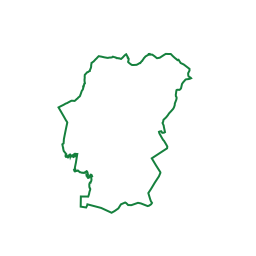 Vermes, Caras-Severin, Romania, rotated 324°
{"feature_id": "2599482B13425405554556", "entity_name": "Vermes", "entity_type": "district", "adm_level": 2, "iso_a3": "ROU", "parent_name": "Romania", "parent_adm1": "Caras-Severin", "projection": "albers", "projection_center": [21.625, 45.523], "detail": "fine", "context": "isolated", "style": "outline", "palette": "green", "viewbox_px": 256, "rotation_deg": 324, "n_neighbors": 0, "source": "geoboundaries", "source_scale": "gbopen_adm2", "svg_char_len": 5472}
<svg xmlns="http://www.w3.org/2000/svg" viewBox="0 0 256 256"><g transform="rotate(324 128 128)"><path d="M94.1,196.6L98.0,202.7L99.3,203.2L101.9,203.3L103.4,202.7L103.5,200.6L104.2,198.3L106.2,192.6L110.9,190.8L117.7,187.9L124.6,185.3L127.9,183.3L128.2,182.6L128.7,174.5L129.4,166.5L147.7,167.4L148.9,166.1L149.2,163.9L149.6,159.5L149.4,158.3L149.7,155.2L150.2,150.9L150.8,149.3L151.4,149.4L153.0,150.2L152.9,152.0L154.2,152.9L155.5,153.1L157.7,148.1L158.3,147.0L158.9,144.2L160.0,143.7L160.9,142.8L161.6,142.2L164.4,141.9L165.5,141.7L167.7,141.1L169.8,140.3L172.9,139.7L176.0,139.0L177.5,138.2L179.2,137.0L180.3,135.7L183.7,133.5L185.0,132.3L185.2,131.9L185.4,131.4L185.4,130.9L185.4,130.5L186.2,129.2L187.5,127.9L188.7,126.6L189.5,125.9L190.3,126.0L192.1,127.4L193.1,127.4L194.3,127.0L197.6,124.1L199.3,123.5L202.0,122.9L202.7,122.7L203.3,122.7L203.8,122.9L205.2,123.7L206.4,124.3L207.3,124.6L208.3,124.8L208.2,124.0L207.3,122.0L207.8,120.6L208.9,119.0L211.5,117.7L212.5,116.3L210.4,109.3L208.8,106.4L209.0,102.5L207.9,102.2L207.8,101.7L207.7,100.8L207.5,100.5L207.5,100.2L207.3,99.8L206.6,96.6L206.1,93.3L205.9,93.1L203.7,91.5L202.2,90.3L200.8,90.1L195.0,89.8L192.5,88.6L192.4,88.4L191.7,85.7L191.0,83.6L190.8,83.0L190.0,82.3L189.2,81.8L189.0,81.6L188.9,81.5L189.1,81.2L188.8,80.9L188.9,80.7L188.4,80.4L188.2,80.7L187.8,80.9L187.5,80.6L187.2,80.7L184.3,80.4L183.7,80.5L183.1,80.7L181.8,80.9L181.4,81.1L181.0,81.3L179.4,81.8L178.9,82.1L178.3,82.0L176.0,82.7L175.8,82.6L175.6,82.3L175.3,82.3L173.7,82.2L172.8,82.0L172.2,82.0L169.2,80.1L168.6,79.6L168.1,79.1L167.9,78.4L167.7,78.1L167.0,75.5L166.9,74.7L167.0,74.5L167.8,73.9L168.9,72.8L169.0,72.6L169.0,72.4L169.1,72.5L169.2,72.4L169.2,72.1L169.3,71.7L169.5,70.5L169.7,68.5L169.9,67.3L169.4,67.2L168.0,67.3L167.8,67.4L167.4,67.4L164.9,67.9L163.5,68.0L163.1,68.1L162.9,68.0L162.6,67.5L162.3,67.1L161.7,66.5L161.6,66.3L161.6,66.2L161.3,66.1L161.0,65.7L160.7,65.3L160.1,65.1L159.8,64.3L159.6,64.2L159.5,63.7L158.3,62.3L157.7,61.4L156.4,61.4L155.3,60.7L155.0,60.6L154.7,60.3L154.0,59.9L153.0,59.5L152.5,59.1L150.1,56.6L149.7,56.1L148.3,54.5L147.0,53.2L146.6,52.7L146.4,52.7L145.0,52.9L143.2,53.3L142.6,53.3L140.6,53.7L139.1,54.0L138.3,53.9L136.6,54.0L136.5,54.3L135.0,55.6L134.9,55.9L134.7,56.2L133.5,57.4L130.9,59.0L130.7,59.4L129.9,59.2L128.8,59.3L128.2,59.1L127.9,58.9L124.3,59.6L123.1,61.0L122.7,61.7L121.8,62.7L121.6,63.0L121.4,63.1L121.2,63.4L120.3,64.7L119.8,65.8L119.5,66.3L119.4,66.2L118.9,66.3L118.4,66.7L117.8,67.3L117.2,67.5L117.1,67.9L116.9,68.1L116.1,68.7L115.8,68.9L115.7,68.7L115.5,69.0L114.7,69.9L114.4,70.0L113.8,70.4L112.7,70.7L112.0,71.1L110.6,72.1L110.3,72.3L109.8,72.7L109.4,72.9L108.8,73.3L108.2,73.8L107.9,73.9L107.1,74.1L106.4,74.1L106.0,74.1L105.4,74.2L104.9,74.3L104.5,74.5L103.6,74.4L101.6,74.7L100.7,74.7L98.5,72.8L98.1,72.7L97.2,72.5L96.0,72.4L95.1,72.2L93.6,72.1L91.8,71.6L89.6,71.4L86.7,70.9L83.9,70.5L83.4,75.4L82.8,81.2L82.3,85.5L82.3,86.9L82.2,87.2L82.1,87.9L78.2,91.4L74.9,94.4L69.6,99.3L68.2,101.0L66.8,102.6L66.7,102.6L65.3,102.6L64.1,105.2L63.8,106.2L63.5,106.4L62.5,108.8L62.7,113.0L62.3,113.4L61.9,113.3L61.6,113.3L61.6,113.6L61.5,114.0L60.9,114.2L60.8,114.8L60.9,115.0L61.1,115.0L61.5,114.7L61.8,114.6L62.0,114.7L62.3,115.0L62.0,115.7L62.0,116.0L62.0,116.3L62.1,116.6L62.3,116.6L62.5,116.5L62.9,116.2L63.1,115.6L63.3,115.4L63.5,115.4L63.5,115.7L63.5,116.1L63.7,116.3L63.9,116.2L64.5,115.6L65.0,115.3L65.3,115.3L65.6,115.4L65.6,115.5L65.6,116.0L64.9,116.6L64.6,117.1L64.5,117.3L64.8,117.1L65.0,117.1L65.1,117.3L65.3,117.7L65.6,117.7L65.9,117.2L66.1,117.1L66.4,117.3L67.4,117.5L67.5,117.6L67.4,117.9L67.0,118.6L66.7,119.4L66.8,119.5L67.3,119.5L67.7,119.3L67.8,119.0L67.7,118.3L67.8,118.0L68.0,117.7L68.5,117.6L68.7,118.0L68.2,118.6L68.2,118.9L68.7,119.4L68.9,120.0L69.1,120.3L69.3,120.3L69.4,120.2L69.3,119.7L69.3,119.0L69.2,118.2L69.3,117.9L69.6,117.6L69.9,117.6L70.1,117.7L70.2,117.9L70.1,118.2L69.8,119.4L69.9,119.6L70.1,119.6L70.3,119.5L70.5,118.8L70.7,118.7L70.8,118.6L71.0,118.7L71.2,118.8L71.2,119.1L71.6,119.3L65.5,125.4L63.3,127.4L61.7,128.9L61.5,129.1L61.4,129.2L61.3,129.5L61.2,129.9L61.1,130.5L60.9,130.7L59.9,130.0L59.7,130.1L59.7,130.8L59.4,131.4L59.6,131.8L59.6,132.0L59.9,132.1L60.6,132.0L61.2,132.6L61.6,132.8L62.1,132.7L62.6,133.2L62.7,133.3L62.7,133.6L62.7,133.9L62.8,134.5L63.1,135.3L63.1,135.5L63.5,135.8L63.8,136.3L64.4,137.1L64.9,137.5L65.2,137.6L65.3,137.9L65.6,138.1L65.8,138.3L66.1,138.3L66.3,138.4L66.7,138.9L67.0,138.6L67.5,138.5L67.8,138.5L68.5,138.7L69.1,138.6L69.2,138.8L69.3,139.1L69.2,139.3L68.9,139.4L68.8,139.6L69.1,140.2L68.9,140.4L68.6,140.5L68.5,140.8L68.4,141.1L68.5,141.7L68.4,141.9L68.2,141.9L67.9,141.8L67.9,141.7L67.6,141.5L67.2,141.4L67.2,141.7L67.3,142.2L67.2,142.1L66.5,142.1L66.4,142.3L66.6,142.6L66.5,142.8L66.5,143.7L66.3,144.0L66.4,144.5L66.3,144.8L66.6,145.1L67.1,145.2L67.4,145.2L67.9,145.0L68.5,144.6L68.9,144.4L69.1,144.5L69.4,144.5L69.4,144.3L69.5,144.1L70.4,143.8L70.6,144.0L70.8,144.3L70.9,144.6L70.9,145.1L70.4,145.8L70.4,146.0L69.8,145.9L69.3,146.3L68.9,146.8L68.5,147.6L68.2,148.2L67.8,148.6L67.2,149.2L66.4,149.7L65.8,149.9L65.4,149.8L65.3,150.2L64.9,150.1L64.5,150.1L63.6,150.8L62.0,153.1L62.0,153.6L61.7,154.2L61.8,154.6L61.6,155.2L61.0,155.8L59.3,157.0L57.6,158.6L55.5,160.1L49.6,155.7L43.5,163.8L47.4,167.7L49.5,166.6L50.3,165.9L59.3,176.9L64.9,186.9L68.2,187.3L72.9,187.4L77.4,185.6L81.9,186.6L82.4,187.7L82.7,189.4L82.8,190.4L85.4,192.4L92.1,194.4L94.1,196.6Z" fill="none" stroke="#15803d" stroke-width="2"/></g></svg>